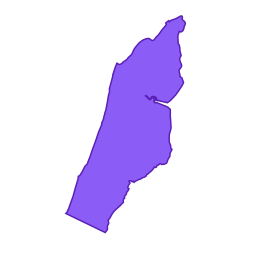 the district of Ngerchol, Peleliu, Palau, rotated 346°
{"feature_id": "81905179B42625934985566", "entity_name": "Ngerchol", "entity_type": "district", "adm_level": 2, "iso_a3": "PLW", "parent_name": "Palau", "parent_adm1": "Peleliu", "projection": "orthographic", "projection_center": [134.258, 7.032], "detail": "fine", "context": "isolated", "style": "filled", "palette": "violet", "viewbox_px": 256, "rotation_deg": 346, "n_neighbors": 0, "source": "geoboundaries", "source_scale": "gbopen_adm2", "svg_char_len": 3472}
<svg xmlns="http://www.w3.org/2000/svg" viewBox="0 0 256 256"><g transform="rotate(346 128 128)"><path d="M80.6,223.9L81.6,223.1L82.4,222.5L83.2,221.7L83.8,220.7L83.9,219.3L84.5,217.8L86.1,216.1L86.4,214.8L86.4,213.5L86.5,212.5L87.9,211.7L90.0,209.5L90.8,208.6L92.5,206.9L94.4,205.4L96.4,204.2L101.7,201.4L102.6,200.8L103.6,200.1L104.4,199.7L105.5,199.0L105.6,197.8L106.6,195.8L107.6,195.4L107.9,194.8L108.1,193.4L109.8,192.3L110.6,191.4L111.1,190.2L111.8,189.6L112.9,188.8L114.3,187.2L113.3,186.1L113.8,184.9L114.3,184.1L115.0,183.4L116.7,181.8L116.1,180.4L116.3,179.6L117.3,179.7L118.1,180.0L119.1,181.2L120.1,180.9L120.7,182.2L121.6,181.7L123.6,181.1L125.5,180.7L128.2,180.5L129.3,179.9L132.4,179.6L134.2,178.8L134.9,177.7L136.0,177.5L140.7,175.1L142.0,174.1L143.1,173.5L143.8,172.3L144.7,172.7L145.4,173.0L146.3,172.6L147.3,171.2L148.3,171.3L149.1,171.0L150.5,170.3L151.9,171.6L154.5,171.9L156.8,171.5L157.3,171.0L159.4,167.9L161.8,165.6L162.5,163.1L163.7,161.5L165.5,159.4L164.6,158.0L165.1,155.6L165.0,154.1L164.6,152.0L165.3,148.5L166.5,144.3L168.1,141.6L169.8,138.4L170.5,134.7L172.0,126.4L172.8,123.3L173.5,120.2L171.7,117.4L162.3,110.5L159.9,109.7L159.8,109.4L159.5,108.2L160.9,108.0L160.5,107.2L160.0,104.8L159.7,104.5L159.4,104.3L158.9,104.3L158.3,104.7L157.8,105.0L157.4,105.3L157.0,105.8L156.1,105.8L155.4,105.4L154.9,104.8L154.1,103.3L153.4,102.1L152.8,101.2L152.8,100.9L153.0,100.9L153.4,100.9L153.8,101.4L154.4,102.1L154.7,102.5L155.0,103.3L155.3,104.2L155.7,104.7L156.2,104.9L157.1,104.6L157.7,104.1L158.3,103.6L158.7,103.4L159.4,103.4L160.6,103.6L161.2,103.9L162.4,105.0L162.7,105.5L162.8,106.0L162.5,106.1L162.0,105.9L161.4,105.3L161.1,105.3L161.1,105.6L161.1,105.9L161.6,106.5L162.2,106.9L162.7,108.3L163.4,108.7L163.6,108.2L165.4,109.5L172.3,113.0L175.6,111.7L182.1,107.6L186.1,104.2L191.1,99.6L192.9,97.3L192.4,92.4L190.8,90.5L191.1,90.1L191.2,89.1L191.4,84.4L191.9,83.8L193.7,82.4L194.7,81.3L195.1,80.6L195.2,79.7L194.7,75.2L194.9,73.0L197.1,70.5L197.1,65.1L197.7,63.0L197.7,61.6L197.8,60.1L197.6,59.4L197.2,57.9L197.4,57.0L198.3,52.1L199.1,49.6L200.2,48.4L200.6,47.0L201.3,46.8L202.1,47.5L203.2,47.5L204.2,47.2L205.3,46.4L205.8,45.6L206.3,44.9L207.1,43.1L208.0,42.1L208.6,41.0L209.0,40.1L208.8,38.8L208.2,37.7L207.5,37.0L207.1,36.0L207.0,35.2L207.3,34.1L207.6,33.8L207.6,33.3L207.5,32.6L207.0,32.2L206.1,32.1L201.6,33.3L200.4,33.5L199.0,33.7L197.5,33.8L196.0,33.9L195.3,34.1L193.8,34.9L193.4,33.7L192.3,34.2L191.2,34.6L190.4,35.0L190.0,35.4L190.3,36.9L188.9,38.0L188.2,38.5L184.6,41.1L181.4,43.9L179.3,45.5L177.0,46.8L175.1,48.4L174.9,48.5L174.1,49.0L172.8,49.0L172.0,48.5L170.2,46.3L169.5,46.1L168.4,45.9L167.3,45.8L166.3,45.9L163.8,46.3L162.8,46.6L160.3,47.7L158.8,48.5L157.3,49.6L155.6,50.8L153.8,52.3L152.2,53.9L149.9,56.9L148.7,57.9L146.9,58.8L145.3,59.7L143.7,61.1L141.4,62.1L139.9,62.5L139.1,63.0L137.3,64.1L135.2,64.3L133.9,63.7L133.5,62.7L132.8,62.5L132.4,63.1L132.2,63.6L131.2,64.7L130.3,66.0L127.7,70.2L126.2,72.6L125.4,74.7L120.9,82.8L119.9,84.5L119.5,85.4L118.8,88.3L118.3,89.3L117.2,91.1L114.1,98.2L110.9,105.1L109.5,107.3L108.5,109.2L105.7,114.4L103.6,116.9L103.6,117.8L102.8,119.1L98.7,124.5L94.0,131.9L87.3,141.8L84.0,147.0L82.0,149.7L79.7,153.1L78.4,153.9L77.4,154.4L76.5,155.2L73.2,159.1L72.1,160.2L70.3,161.9L69.5,162.5L68.0,162.9L67.9,163.7L66.9,165.9L62.3,173.6L58.4,180.6L56.5,183.5L54.3,186.7L51.4,191.2L48.9,194.4L47.9,195.3L47.0,195.9L72.7,217.3L80.6,223.9Z" fill="#8b5cf6" stroke="#5b21b6" stroke-width="1.5"/></g></svg>